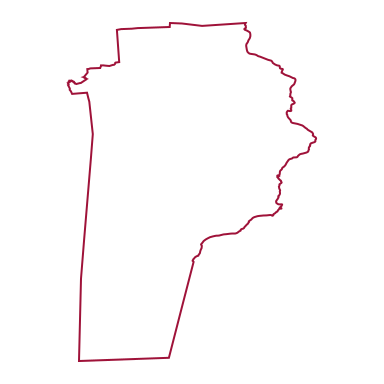 outline of Skútustaðahreppur, Norðurland eystra, Iceland
{"feature_id": "244011B58365339597746", "entity_name": "Skútustaðahreppur", "entity_type": "district", "adm_level": 2, "iso_a3": "ISL", "parent_name": "Iceland", "parent_adm1": "Norðurland eystra", "projection": "natural_earth1", "projection_center": [-16.6, 65.112], "detail": "fine", "context": "isolated", "style": "outline", "palette": "rose", "viewbox_px": 384, "rotation_deg": 0, "n_neighbors": 0, "source": "geoboundaries", "source_scale": "gbopen_adm2", "svg_char_len": 5621}
<svg xmlns="http://www.w3.org/2000/svg" viewBox="0 0 384 384"><path d="M170.0,23.0L169.7,27.0L137.7,28.1L131.8,28.7L121.2,29.1L116.9,29.9L119.2,62.1L115.5,62.6L115.2,62.9L115.2,63.5L114.8,64.2L114.3,64.6L113.8,64.9L112.9,64.9L109.4,66.0L105.0,65.6L103.7,65.4L101.0,65.4L100.9,66.4L100.5,67.1L100.2,68.0L90.2,68.4L89.0,68.9L87.3,69.1L87.6,72.6L83.9,77.0L83.6,77.1L84.2,77.3L84.7,77.4L84.7,77.5L84.9,77.6L85.0,77.8L85.3,78.0L85.2,78.1L86.1,78.4L86.2,78.7L86.4,78.8L86.1,78.9L86.2,79.1L86.5,79.2L86.4,79.3L80.8,83.0L79.8,83.1L76.3,84.0L75.7,83.7L75.0,83.6L74.7,83.4L74.6,83.2L74.3,82.7L74.0,82.5L74.1,82.4L74.3,82.4L74.1,82.2L74.0,81.9L73.9,81.9L73.2,81.6L72.6,81.4L72.6,81.2L72.5,80.9L71.8,80.8L71.8,81.0L71.6,80.9L71.0,81.0L70.8,80.8L70.8,80.7L70.5,80.8L70.2,80.7L69.5,80.7L69.5,80.8L69.0,81.1L68.9,81.2L68.7,81.4L68.6,81.8L68.8,82.1L68.9,82.4L68.9,82.5L69.0,82.5L68.3,83.0L67.9,83.1L68.7,84.7L68.6,85.0L68.1,85.2L69.8,88.5L69.7,89.8L70.9,91.3L72.1,93.9L87.0,92.7L88.4,98.4L89.3,101.7L92.8,134.1L90.9,158.4L84.1,239.8L81.0,278.7L79.0,361.0L168.9,357.8L181.2,309.9L193.6,261.9L193.4,261.6L192.6,260.8L192.7,260.5L192.8,260.2L193.2,259.7L193.4,259.1L193.9,258.7L195.0,257.3L196.2,256.5L197.0,256.1L198.1,255.8L198.4,255.6L198.5,255.3L198.5,255.1L198.6,254.8L199.3,254.0L199.9,253.1L200.3,251.1L200.8,249.7L201.6,248.1L201.8,246.2L201.8,245.7L201.1,244.6L201.1,244.3L202.3,242.9L203.6,241.1L204.6,240.3L206.0,239.3L207.8,238.3L210.0,237.2L212.9,236.4L215.1,235.9L216.4,235.7L218.9,235.6L221.6,234.9L223.6,234.4L226.0,234.2L230.0,233.7L232.4,233.5L235.2,233.5L235.8,233.4L237.3,232.8L237.9,232.4L238.4,231.9L238.8,231.6L240.6,230.6L240.7,230.4L240.7,229.8L241.2,229.3L241.8,229.0L243.0,228.7L243.8,228.2L244.0,228.0L244.4,227.2L245.7,225.8L246.9,224.5L247.9,223.7L248.3,222.9L248.9,222.2L248.8,221.6L248.8,221.4L249.6,220.7L251.1,219.7L252.6,218.1L253.5,217.5L254.7,217.0L257.4,216.2L259.3,215.9L263.4,215.5L266.5,215.4L270.2,215.0L271.1,215.1L271.5,215.2L272.0,215.6L272.7,215.7L273.3,215.0L273.4,214.9L273.3,214.5L273.7,214.2L273.9,213.9L274.3,213.7L275.4,213.0L275.9,212.3L277.4,211.5L277.5,211.4L277.5,211.1L277.6,210.9L277.9,210.5L278.2,210.0L278.8,209.5L279.1,208.9L279.5,208.7L281.0,208.7L281.4,208.5L281.4,208.4L279.9,207.6L280.2,207.2L281.3,206.4L281.7,205.4L282.1,204.9L282.1,204.5L281.5,204.3L279.8,204.4L278.7,204.3L278.2,204.2L276.8,203.3L276.3,202.8L276.2,202.3L276.1,201.2L276.9,199.9L277.6,199.1L277.7,198.8L278.1,198.0L278.4,197.7L278.5,197.4L278.4,196.9L278.5,196.7L278.3,196.3L278.4,196.0L279.0,195.6L279.2,195.3L279.3,195.0L279.7,194.5L279.9,193.9L280.0,193.4L280.0,193.0L279.8,191.5L279.9,191.2L280.1,190.6L280.1,190.3L279.8,189.6L279.3,188.6L279.0,187.0L278.9,186.7L279.5,185.4L279.5,185.2L279.4,184.7L279.5,184.3L280.0,183.9L280.7,183.4L281.3,183.0L281.5,182.7L281.6,182.4L281.5,182.1L281.0,181.4L280.9,180.7L280.0,180.1L279.1,179.1L278.7,178.8L278.3,178.3L278.2,178.2L278.1,177.7L277.5,177.3L277.4,177.2L277.5,177.0L278.1,176.7L277.5,176.5L277.4,176.3L277.2,176.0L277.3,175.8L277.5,175.5L279.4,175.1L279.5,175.0L279.8,173.4L279.9,171.7L280.2,170.9L280.6,170.4L281.4,169.7L281.9,169.1L282.2,168.1L282.7,167.5L283.8,166.8L285.2,165.4L285.9,164.2L286.6,162.8L288.4,160.2L289.0,159.6L289.6,159.2L290.6,158.9L292.0,158.5L292.8,157.8L293.3,157.5L296.5,157.3L296.9,157.2L297.4,156.9L298.2,155.7L299.6,154.5L300.1,154.2L301.5,153.8L302.7,153.6L306.3,152.6L307.2,152.2L308.0,151.7L308.3,151.2L308.4,150.4L309.0,149.5L308.8,148.7L308.9,147.4L310.0,146.1L309.9,145.4L310.3,144.9L310.2,144.3L310.4,143.9L311.0,143.3L312.7,142.7L313.7,142.4L314.8,142.0L315.4,141.2L315.4,140.9L315.3,140.4L315.3,140.1L315.5,139.8L315.7,139.5L316.0,139.0L316.1,138.7L316.0,138.0L315.6,137.4L313.6,136.2L312.8,135.5L312.8,135.3L313.1,134.3L313.1,134.0L312.3,132.5L311.9,132.2L308.3,130.1L307.6,129.6L306.8,128.7L305.6,128.0L303.3,126.1L302.4,125.5L297.5,123.9L292.9,123.0L292.1,122.7L291.4,122.3L291.1,121.9L290.9,121.4L290.7,120.3L290.4,120.0L289.3,118.7L288.7,118.1L288.1,117.4L287.6,116.4L287.4,115.8L287.2,114.8L287.2,114.6L286.8,114.2L286.7,113.9L286.7,113.7L286.8,112.8L286.7,112.4L287.2,111.5L287.8,110.8L288.5,110.8L289.3,111.0L290.1,111.1L291.2,110.8L291.3,110.4L291.3,110.0L290.9,109.3L290.7,108.7L290.8,108.3L291.3,107.9L291.3,107.7L291.3,107.4L291.2,106.9L291.3,106.5L291.2,105.8L291.4,105.0L292.0,104.4L293.2,103.9L294.0,103.5L294.5,103.0L294.7,102.8L294.3,102.0L293.8,101.3L293.0,100.7L292.5,100.6L292.2,100.2L292.3,99.5L292.3,98.3L292.3,98.2L291.8,97.7L291.4,97.4L290.0,96.6L289.9,96.5L290.1,96.0L290.4,95.1L290.3,94.2L290.4,93.7L290.9,92.4L290.9,91.8L290.7,91.5L290.3,89.2L290.3,88.7L290.5,88.1L291.7,86.3L294.0,84.4L294.5,83.5L294.8,82.5L295.2,81.6L295.4,80.8L295.5,80.2L295.4,79.4L295.2,79.1L294.9,78.7L294.0,78.2L292.9,78.0L289.5,76.3L286.8,75.4L284.7,74.6L282.6,73.2L281.6,72.7L281.6,72.4L281.7,72.0L281.9,71.5L282.2,70.7L282.8,69.6L282.8,69.3L282.6,69.0L280.5,68.6L280.0,68.2L279.9,67.9L279.8,67.4L279.8,66.6L279.4,65.8L276.9,65.3L274.9,64.4L272.8,62.9L272.1,61.5L271.4,60.8L271.0,60.6L268.0,59.8L259.9,56.6L258.7,56.3L257.9,56.0L256.9,55.3L256.1,54.9L255.3,54.6L254.5,54.4L251.0,53.9L249.9,53.7L249.3,53.5L248.3,52.7L247.7,52.1L247.4,51.6L247.2,51.1L246.8,49.6L246.2,46.0L246.2,45.2L246.5,44.0L247.5,42.6L248.0,41.7L248.3,40.6L248.7,39.9L249.7,38.4L250.3,36.5L250.4,35.0L250.2,33.5L249.9,32.5L249.7,32.3L248.5,31.5L246.5,30.4L244.9,29.8L244.4,29.3L244.4,29.0L244.4,28.9L244.8,28.5L245.7,28.1L245.9,27.7L245.9,27.3L245.8,26.8L245.8,25.9L245.7,25.7L245.3,25.3L245.0,24.9L244.9,24.6L244.9,24.3L245.0,24.1L245.4,23.6L245.7,23.0L202.1,25.9L182.0,23.5L170.0,23.0Z" fill="none" stroke="#9f1239" stroke-width="2"/></svg>